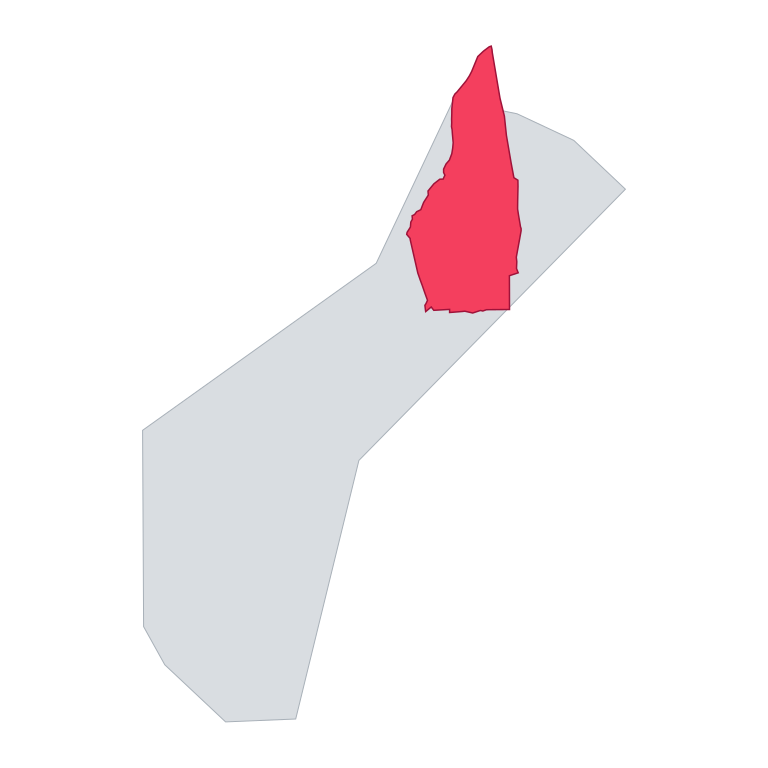 location of Dededo, Guam
{"feature_id": "77769853B76375240183470", "entity_name": "Dededo", "entity_type": "district", "adm_level": 2, "iso_a3": "GUM", "parent_name": "Guam", "parent_adm1": "", "projection": "albers", "projection_center": [144.841, 13.576], "detail": "fine", "context": "in_parent", "style": "filled", "palette": "rose", "viewbox_px": 768, "rotation_deg": 0, "n_neighbors": 0, "source": "geoboundaries", "source_scale": "gbopen_adm2", "svg_char_len": 1463}
<svg xmlns="http://www.w3.org/2000/svg" viewBox="0 0 768 768"><path d="M295.7,719.0L225.6,721.9L164.8,664.8L143.6,626.6L142.6,430.3L376.2,263.3L453.1,100.6L517.1,113.8L573.8,140.4L625.4,189.2L358.9,460.4L295.7,719.0Z" fill="#d9dde1" stroke="#a8b0b8" stroke-width="1"/><path d="M449.6,312.5L462.2,311.5L464.8,311.2L472.7,313.0L480.3,310.5L482.1,310.8L482.8,311.0L486.5,309.7L509.5,309.5L509.4,275.7L518.2,272.8L516.5,268.5L516.8,261.7L516.3,257.2L519.2,241.4L521.1,230.8L521.1,228.6L520.4,226.4L520.3,225.6L518.5,214.9L517.6,209.1L517.6,207.5L517.7,199.9L518.0,186.3L517.9,180.2L513.9,177.7L511.1,162.8L506.4,135.3L504.4,116.2L500.0,98.2L492.3,52.6L492.0,49.5L491.2,46.1L489.2,46.8L483.9,50.8L483.5,51.2L483.2,51.4L477.8,56.5L471.7,71.4L469.3,76.0L466.1,80.9L457.0,92.0L454.9,94.0L453.0,97.6L451.8,109.0L451.8,113.4L451.6,119.2L451.7,122.7L451.5,126.7L452.1,129.6L452.4,134.0L453.1,141.9L453.2,142.5L452.7,148.1L451.8,153.7L449.4,160.1L446.1,163.9L443.6,169.1L443.6,172.5L444.9,175.2L443.1,179.1L439.8,179.2L434.0,183.7L431.2,187.1L428.0,191.0L428.3,195.1L424.4,201.2L423.6,202.5L420.8,209.7L416.7,211.7L414.6,214.5L412.1,215.8L412.3,218.1L412.4,219.2L411.0,221.7L410.8,222.2L410.4,227.1L407.1,232.3L406.7,234.4L410.2,238.5L410.2,239.6L417.8,273.0L420.2,279.9L421.9,284.5L422.0,284.7L424.9,293.1L427.5,300.3L426.0,303.6L424.9,305.3L425.6,311.2L425.7,311.6L431.2,307.0L433.8,310.3L449.6,309.4L449.6,312.5Z" fill="#f43f5e" stroke="#9f1239" stroke-width="1.5"/></svg>